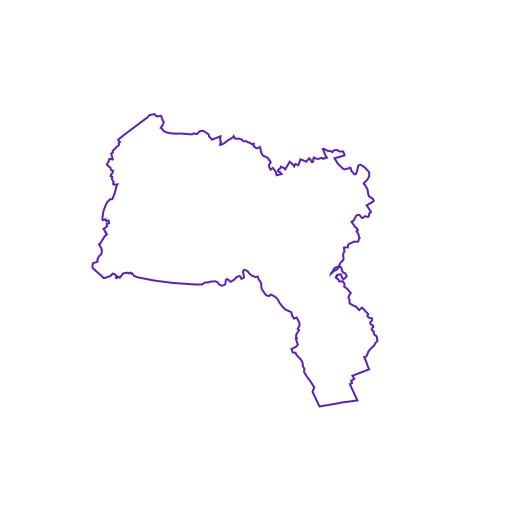 Don Tum, Nakhon Pathom, Thailand (Robinson projection), rotated 145°
{"feature_id": "78962969B74953703233818", "entity_name": "Don Tum", "entity_type": "district", "adm_level": 2, "iso_a3": "THA", "parent_name": "Thailand", "parent_adm1": "Nakhon Pathom", "projection": "robinson", "projection_center": [100.086, 13.961], "detail": "fine", "context": "isolated", "style": "outline", "palette": "violet", "viewbox_px": 512, "rotation_deg": 145, "n_neighbors": 0, "source": "geoboundaries", "source_scale": "gbopen_adm2", "svg_char_len": 6145}
<svg xmlns="http://www.w3.org/2000/svg" viewBox="0 0 512 512"><g transform="rotate(145 256 256)"><path d="M205.1,116.8L204.4,118.7L203.3,120.6L203.4,121.6L203.9,122.6L204.1,123.7L203.9,125.0L203.0,126.5L203.1,127.3L203.5,128.2L203.3,129.5L202.7,130.2L200.6,130.6L200.1,131.4L200.1,132.0L201.2,134.1L201.1,135.3L200.4,136.2L197.9,136.7L196.7,138.2L198.8,140.6L199.2,142.2L199.0,143.3L197.4,143.8L198.7,152.9L202.5,152.5L203.2,157.4L204.5,159.2L206.5,163.4L204.5,166.7L203.9,169.2L201.6,170.6L199.6,171.3L200.1,175.3L200.0,176.6L201.4,180.3L200.4,181.0L199.5,182.7L199.4,183.5L199.6,185.5L202.4,187.5L202.0,188.4L202.0,189.4L203.1,192.5L202.8,192.9L201.4,192.9L201.1,193.9L200.8,194.0L197.1,192.6L198.0,188.0L197.7,186.7L193.7,187.1L193.2,187.9L192.7,190.3L193.5,191.8L194.1,192.4L193.8,195.2L193.3,196.2L192.9,198.1L193.1,198.6L194.0,199.2L195.0,199.4L195.9,199.3L196.4,198.6L199.8,198.7L200.4,199.4L202.2,198.8L204.8,198.5L204.3,198.9L202.3,199.4L198.8,201.0L196.7,200.8L195.3,200.2L194.0,200.3L192.6,200.8L190.6,202.0L186.9,202.6L185.7,203.7L184.3,206.6L182.7,208.1L180.8,209.2L179.3,212.3L179.0,212.5L175.9,210.4L174.0,212.4L171.4,212.4L170.8,212.1L167.4,211.5L164.6,209.4L163.9,209.3L163.2,209.7L162.2,210.9L160.8,211.3L160.7,212.6L159.6,214.9L159.4,218.6L157.8,218.5L157.5,221.4L158.1,222.1L158.2,229.2L156.0,229.0L154.4,229.6L150.9,231.6L148.4,231.0L147.9,230.6L147.5,229.1L147.5,227.1L147.2,226.1L146.4,225.9L143.9,226.1L141.8,223.8L140.9,223.7L140.5,224.0L139.5,225.3L139.1,225.6L137.7,226.2L136.9,225.9L136.5,226.7L136.4,227.5L136.3,234.1L135.0,233.8L133.5,233.9L131.6,233.4L130.3,233.6L128.1,233.4L127.7,233.9L127.6,235.9L129.1,240.0L128.7,241.2L128.8,242.1L127.3,244.7L126.4,247.1L126.1,250.6L125.9,251.6L126.3,253.3L125.7,253.9L121.3,254.6L119.9,255.1L117.4,256.5L115.5,259.3L115.3,260.6L116.1,266.0L117.3,269.3L118.1,270.7L119.0,271.2L120.3,271.4L126.0,266.4L127.0,265.9L127.7,265.9L128.1,266.1L128.6,266.9L129.0,271.2L128.0,274.1L128.4,274.5L129.9,274.7L134.1,276.3L134.7,278.0L136.0,284.4L135.6,291.0L125.8,287.6L125.4,288.5L124.6,291.5L127.9,294.0L128.8,296.3L129.6,297.0L131.3,297.7L132.6,297.8L133.2,297.4L134.0,297.4L134.9,299.5L135.9,299.9L137.1,301.3L138.4,303.5L138.7,304.6L139.2,305.0L139.8,305.3L140.8,301.4L141.5,298.2L141.5,295.9L145.5,297.2L145.6,298.3L146.3,298.9L148.9,299.7L150.2,300.5L151.3,301.8L151.9,303.5L152.9,303.1L155.2,300.5L156.3,300.7L156.4,302.6L156.0,303.8L156.4,305.6L160.6,304.4L164.1,309.7L169.2,306.1L169.4,306.1L170.2,307.8L170.8,308.2L171.2,308.8L173.3,307.4L173.4,310.3L174.3,313.9L182.4,310.2L182.7,312.3L184.5,314.9L185.5,314.0L188.2,313.8L188.9,313.4L189.3,312.8L189.2,312.1L188.2,310.9L188.0,308.4L192.7,310.3L192.0,312.7L191.5,313.2L191.7,318.5L194.5,318.3L194.3,320.6L193.6,322.7L190.2,324.4L189.9,326.2L190.4,327.6L189.9,329.2L192.7,334.3L192.4,338.0L190.8,341.1L190.3,343.1L193.3,343.5L194.1,344.4L194.4,346.2L195.0,347.2L193.4,349.2L195.2,349.9L195.9,352.1L197.2,353.5L198.3,355.8L200.4,357.1L200.7,358.0L200.8,359.9L201.7,360.5L202.8,362.1L204.8,363.3L205.8,364.2L205.5,367.0L206.9,366.4L213.3,366.9L217.2,366.6L219.5,366.8L221.6,367.6L220.5,368.9L219.2,369.4L219.2,371.0L218.7,371.5L218.2,372.7L217.2,373.4L216.4,374.4L225.4,376.6L225.4,378.1L225.7,379.4L225.9,381.0L225.1,382.4L226.0,385.5L227.4,388.6L227.9,389.2L230.1,390.3L231.4,390.4L234.3,389.7L235.0,390.2L236.6,392.2L238.6,392.3L246.7,398.9L252.7,403.1L256.0,405.9L258.3,408.4L260.0,411.4L259.9,414.4L260.6,415.6L257.0,417.0L254.6,418.8L254.7,419.9L253.4,425.4L256.6,426.8L257.6,428.4L257.7,430.4L262.3,432.5L265.8,431.8L293.3,430.9L302.2,430.4L302.4,429.9L302.1,427.4L303.8,427.2L304.6,425.5L308.4,425.1L312.7,424.3L313.3,424.1L314.1,422.7L315.4,423.0L315.9,422.9L317.9,417.3L318.2,417.3L319.3,418.8L320.5,419.6L322.3,418.1L325.8,416.4L325.2,413.4L324.6,412.0L325.4,409.3L324.5,408.4L324.3,407.8L325.5,406.6L328.9,405.4L329.3,405.0L328.5,403.8L328.4,403.1L329.1,402.8L329.6,402.2L330.0,400.8L330.2,398.2L331.8,397.1L331.2,395.8L328.5,394.2L329.6,393.7L333.3,390.6L334.4,389.4L340.5,385.3L341.5,385.1L342.6,386.0L343.3,386.1L347.3,385.3L349.1,384.4L354.7,380.7L358.7,376.7L361.0,374.0L360.6,373.0L358.9,372.7L358.1,372.2L358.8,370.9L358.7,370.5L356.5,369.8L356.9,367.8L357.6,367.0L359.7,368.1L360.7,366.9L360.8,365.7L365.5,365.6L365.3,361.6L365.9,361.4L365.8,359.2L368.9,358.9L369.4,358.4L370.3,358.5L371.5,357.5L372.9,357.2L375.5,355.9L376.6,355.6L377.4,355.8L378.0,355.5L378.1,353.1L378.6,349.9L379.8,348.0L380.8,346.9L383.1,345.8L384.5,345.9L386.3,345.1L388.2,343.8L389.2,342.2L393.7,343.6L396.0,341.2L396.6,340.1L396.7,339.2L395.8,337.0L395.9,336.1L393.9,328.3L393.6,325.5L392.7,324.8L386.8,323.1L383.6,323.8L383.3,322.9L382.5,322.8L381.8,321.2L382.0,319.5L383.1,318.7L383.1,317.8L382.9,317.7L380.9,318.4L380.1,316.3L374.9,317.9L371.0,316.2L370.2,314.8L368.5,314.5L368.4,313.1L367.4,312.9L367.3,309.7L365.7,307.0L353.5,294.3L339.2,281.3L321.7,267.2L316.5,263.6L312.9,263.5L310.2,261.6L308.2,261.2L303.8,258.6L302.5,256.5L302.5,254.2L302.1,252.8L301.3,251.7L300.6,251.0L298.3,250.4L297.2,250.7L294.4,253.6L293.4,253.9L292.3,252.6L291.9,249.8L291.5,249.4L287.5,249.1L283.9,249.9L281.5,249.3L280.8,248.9L280.6,248.5L281.0,245.6L278.8,245.2L277.9,245.6L275.7,250.5L274.7,251.3L273.6,251.5L273.2,251.2L271.6,248.4L271.5,245.1L270.7,242.5L268.6,239.1L266.4,238.1L267.2,235.2L267.2,233.1L267.6,230.1L269.2,228.0L270.3,225.6L270.3,218.1L268.2,215.6L266.0,215.9L264.3,212.9L263.5,210.6L263.1,207.5L263.6,204.1L263.3,198.9L262.6,195.2L259.3,189.7L260.6,186.5L260.7,182.9L258.0,182.3L258.6,177.3L259.4,175.0L261.4,173.4L263.6,172.3L263.3,170.9L263.5,170.5L268.2,168.5L268.4,168.0L269.4,167.1L269.8,165.1L270.8,165.5L272.6,159.3L274.9,158.8L280.3,159.4L281.2,156.0L280.9,155.4L279.1,154.1L279.5,152.3L279.2,148.1L278.6,145.7L278.8,143.3L279.3,141.4L280.9,138.7L281.1,135.7L282.7,134.1L283.2,133.0L283.5,128.3L283.3,122.5L283.6,115.0L287.6,112.3L290.3,96.3L272.5,87.9L270.2,87.0L255.8,79.5L252.6,97.2L250.2,96.8L249.6,99.2L245.9,99.0L245.7,102.6L228.3,98.3L227.7,101.5L226.1,107.1L225.4,111.1L223.8,110.5L222.6,110.7L218.7,113.3L214.7,114.4L210.5,114.9L208.4,116.1L205.1,116.8Z" fill="none" stroke="#5b21b6" stroke-width="2"/></g></svg>